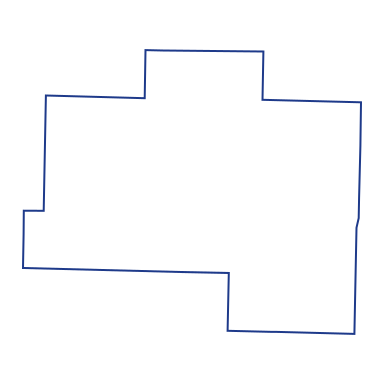 outline of Van Buren, Arkansas, United States of America
{"feature_id": "52423323B92305544895329", "entity_name": "Van Buren", "entity_type": "district", "adm_level": 2, "iso_a3": "USA", "parent_name": "United States of America", "parent_adm1": "Arkansas", "projection": "robinson", "projection_center": [-92.496, 35.577], "detail": "fine", "context": "isolated", "style": "outline", "palette": "blue", "viewbox_px": 384, "rotation_deg": 0, "n_neighbors": 0, "source": "geoboundaries", "source_scale": "gbopen_adm2", "svg_char_len": 380}
<svg xmlns="http://www.w3.org/2000/svg" viewBox="0 0 384 384"><path d="M354.4,333.9L356.5,227.7L358.7,218.1L359.1,196.9L360.4,145.9L361.0,102.3L262.5,99.8L263.4,51.5L162.9,50.5L145.5,50.1L144.7,98.2L45.9,95.5L43.7,210.8L23.8,210.7L23.6,234.3L23.0,268.0L180.1,272.0L228.8,273.0L227.6,330.8L272.9,331.9L277.4,331.9L354.4,333.9Z" fill="none" stroke="#1e3a8a" stroke-width="2"/></svg>